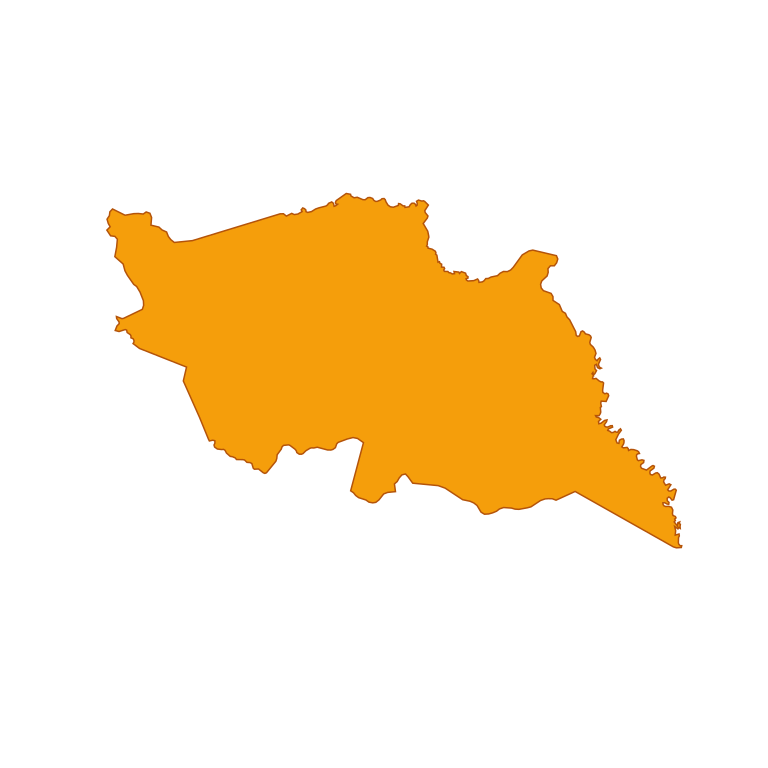 Careiro, Amazonas, Brazil, rotated 246°
{"feature_id": "56859067B42017878754183", "entity_name": "Careiro", "entity_type": "district", "adm_level": 2, "iso_a3": "BRA", "parent_name": "Brazil", "parent_adm1": "Amazonas", "projection": "mercator", "projection_center": [-60.25, -3.748], "detail": "fine", "context": "isolated", "style": "filled", "palette": "amber", "viewbox_px": 768, "rotation_deg": 246, "n_neighbors": 0, "source": "geoboundaries", "source_scale": "gbopen_adm2", "svg_char_len": 6172}
<svg xmlns="http://www.w3.org/2000/svg" viewBox="0 0 768 768"><g transform="rotate(246 384 384)"><path d="M598.6,250.0L602.7,247.9L606.5,247.0L611.3,247.2L615.0,243.9L618.9,242.2L623.9,235.7L630.6,239.4L635.2,239.6L637.9,236.7L637.2,233.2L639.7,228.9L641.4,224.7L643.5,216.1L654.3,207.2L652.8,203.6L649.5,201.6L647.2,198.0L642.7,197.4L639.0,197.8L637.3,193.4L630.6,194.5L628.3,198.2L624.7,199.3L617.6,195.3L609.8,189.9L599.7,194.5L592.8,193.4L587.6,193.8L576.8,195.9L573.7,197.7L567.1,198.5L558.0,198.1L553.6,196.4L550.5,193.6L549.9,172.8L550.3,171.2L554.5,167.0L552.5,166.4L548.5,167.2L546.9,166.7L545.6,163.6L542.2,160.2L539.7,163.3L539.0,169.7L537.9,170.8L535.5,170.3L532.3,172.3L530.8,172.4L529.1,171.6L527.5,173.2L525.5,173.3L524.0,172.6L523.0,171.2L515.9,175.1L479.8,210.5L468.4,201.9L428.2,201.9L405.0,201.2L403.0,201.3L402.3,204.7L401.0,206.4L398.8,205.5L397.4,203.9L395.3,203.6L392.4,205.3L390.2,208.9L389.5,210.9L388.1,211.8L385.0,212.0L380.4,214.1L379.2,216.0L376.9,218.1L375.0,218.5L372.3,224.3L371.3,225.7L368.2,226.9L366.6,229.8L365.0,230.9L360.3,230.3L358.9,230.9L357.4,234.8L352.0,237.6L350.8,238.8L350.7,240.5L357.4,253.8L359.5,255.7L362.8,257.6L366.3,263.7L368.0,265.2L368.8,267.2L367.2,272.1L366.2,273.1L360.8,276.1L358.9,276.7L356.8,276.5L354.4,278.0L353.4,280.2L353.4,281.8L354.8,285.5L355.4,290.4L355.1,291.9L354.1,293.9L353.4,297.3L346.7,305.6L345.3,308.6L345.0,310.7L345.6,313.7L348.6,316.5L349.3,318.4L348.7,328.0L347.7,333.9L345.0,337.7L338.8,341.4L300.0,310.1L297.1,311.9L293.7,312.8L290.5,314.6L285.4,320.3L282.2,322.2L280.0,325.4L279.2,328.4L280.2,332.3L283.7,339.0L283.5,343.2L281.0,350.7L288.5,352.9L289.5,356.3L292.0,359.7L293.7,363.4L293.1,367.0L289.6,368.2L281.7,369.9L269.1,392.2L264.0,397.5L246.3,408.8L241.9,414.9L238.9,417.6L235.2,419.6L227.5,420.5L224.2,422.8L222.7,426.8L222.1,430.9L222.0,435.1L222.9,438.7L222.5,443.0L218.8,450.0L216.4,452.8L214.6,456.3L212.6,464.6L212.0,468.3L213.9,479.6L213.5,484.4L212.4,487.5L210.7,491.1L207.9,493.9L208.1,514.9L117.5,582.1L115.4,584.5L113.7,589.1L115.2,590.2L115.9,588.7L117.9,588.1L119.4,588.4L123.9,590.6L125.1,592.0L127.0,592.5L127.5,588.6L131.4,590.8L135.6,591.6L132.1,593.6L133.1,594.9L131.6,595.9L133.4,596.5L135.3,597.7L136.5,596.9L137.7,598.0L137.8,596.1L135.0,594.3L140.0,593.0L140.8,594.7L142.4,594.6L142.9,596.3L144.4,596.3L146.4,594.5L148.3,594.8L151.4,596.6L154.5,596.5L156.5,594.2L157.5,591.5L158.7,590.3L160.2,589.9L162.0,590.4L161.5,592.0L159.2,593.8L158.3,595.2L159.9,596.2L162.2,595.3L164.4,596.2L165.0,598.2L163.8,599.1L160.7,599.9L160.5,601.5L168.1,607.8L169.4,607.4L170.0,606.2L169.6,602.5L170.3,600.8L172.0,600.1L175.3,605.1L176.8,603.9L177.0,600.1L180.8,599.6L182.7,600.9L183.2,602.4L184.4,603.2L185.2,601.8L185.0,600.4L185.6,598.6L189.8,598.6L191.8,597.6L192.2,595.9L191.7,592.1L193.0,590.6L194.7,590.7L196.3,591.7L197.3,596.3L198.9,597.6L200.1,596.6L200.1,595.2L198.6,588.8L202.3,585.0L204.2,584.8L205.9,585.8L206.6,589.2L208.5,590.4L209.8,588.8L210.5,585.2L211.8,584.6L215.2,585.2L216.6,586.0L217.0,587.3L216.6,589.1L218.6,589.0L220.1,588.1L222.5,585.4L223.8,582.9L223.8,580.4L225.5,580.8L227.2,580.3L228.3,576.7L229.8,575.7L231.9,578.6L233.1,579.5L234.7,580.3L236.5,580.3L237.1,578.5L236.9,576.2L234.2,574.4L235.4,572.9L238.8,573.1L242.8,577.8L245.2,582.0L246.9,581.8L246.3,579.6L244.9,577.9L245.5,576.6L246.8,575.8L246.5,573.6L247.1,572.0L249.2,570.9L250.6,569.5L251.7,570.6L251.6,575.3L253.1,575.6L253.7,574.1L253.7,570.8L254.5,569.3L255.7,568.5L257.1,568.6L259.1,572.0L260.5,573.1L261.0,570.7L259.9,566.4L260.3,564.1L262.5,564.7L263.6,567.7L265.9,566.5L267.5,564.5L269.1,564.4L267.6,567.6L269.0,569.6L270.2,570.6L274.6,572.1L274.9,573.4L278.4,574.2L280.0,575.5L277.7,579.8L281.9,584.5L283.8,584.7L285.1,583.6L285.2,581.8L287.3,580.5L289.4,581.2L295.6,585.0L297.0,584.5L297.7,583.1L299.3,581.8L302.9,580.0L303.3,578.0L304.1,576.7L307.2,579.0L307.6,580.7L309.8,583.6L312.0,582.9L315.4,584.1L315.6,586.0L312.1,585.7L310.1,587.4L310.1,589.0L311.8,587.7L313.7,587.7L315.0,588.1L318.3,591.8L320.1,591.7L319.6,589.7L318.6,588.1L320.6,587.1L322.8,587.2L325.7,590.1L329.3,590.6L332.5,590.2L336.3,588.6L338.3,588.9L342.2,592.2L343.9,592.2L345.7,591.2L347.9,588.4L349.9,588.1L351.7,587.0L351.7,585.3L348.5,582.1L348.7,580.2L350.3,579.4L353.9,580.4L367.2,579.7L370.9,578.4L374.8,578.5L377.8,576.4L385.2,576.5L391.6,572.4L395.1,573.9L398.8,573.5L404.4,567.6L407.8,566.7L411.4,567.6L414.0,570.1L416.3,576.9L419.2,579.4L422.7,580.7L424.3,584.1L422.7,587.7L424.5,591.0L427.5,593.6L431.1,593.7L445.8,574.4L446.6,570.6L445.7,562.8L438.0,549.5L436.6,546.0L436.5,542.4L438.2,538.9L438.0,535.2L436.8,531.7L438.2,525.3L438.0,522.2L438.9,519.9L437.6,517.3L437.3,515.4L438.2,512.1L440.1,512.6L441.9,512.2L441.9,508.1L443.9,502.6L445.4,501.6L446.8,501.8L446.6,503.8L447.9,504.4L449.6,503.3L452.1,503.6L455.2,500.4L454.3,497.9L455.8,497.9L458.3,493.7L456.1,493.3L456.8,491.1L458.4,490.0L459.3,488.6L460.8,488.1L462.3,485.0L463.9,484.9L464.7,486.3L466.2,486.3L467.4,484.1L470.0,485.4L471.6,484.2L473.2,484.4L473.3,482.9L480.2,484.7L481.6,483.9L482.7,484.8L484.4,484.9L487.6,482.8L490.2,479.5L491.4,479.9L492.6,479.0L493.8,480.3L496.3,481.4L499.9,484.7L501.6,485.2L505.8,486.1L514.7,485.1L518.0,491.1L519.6,492.5L523.8,491.4L525.7,491.7L529.4,497.3L534.3,495.4L535.3,494.6L535.7,493.0L538.0,490.3L537.7,488.0L535.7,487.9L534.0,487.1L533.6,485.7L535.3,485.8L536.9,485.1L537.8,483.1L537.2,481.1L535.7,479.0L536.8,475.0L538.3,475.4L538.9,473.9L542.0,472.1L542.9,470.7L541.3,469.7L541.7,464.4L543.3,461.9L545.8,460.4L549.8,459.9L551.9,460.1L553.4,459.5L554.1,457.5L553.5,455.8L553.6,452.1L554.2,450.6L555.9,449.4L558.1,449.1L560.1,447.1L560.8,445.1L560.0,441.7L561.0,439.7L565.5,435.5L566.3,432.4L569.3,430.3L570.9,430.6L573.4,427.0L571.0,415.0L569.7,413.5L568.1,413.3L567.1,414.7L566.5,412.6L566.6,410.7L569.6,411.3L571.6,410.3L571.6,406.8L570.6,405.3L570.2,403.3L571.4,396.3L571.7,392.7L571.0,387.9L571.8,384.0L573.2,382.8L574.8,383.4L576.5,382.7L577.9,381.4L576.8,379.2L574.8,379.3L574.3,374.4L575.3,370.9L577.4,369.1L577.1,363.1L580.4,361.4L581.7,358.4L592.9,267.3L598.6,250.0ZM307.2,579.0L308.7,578.2L309.5,579.5L307.2,579.0Z" fill="#f59e0b" stroke="#b45309" stroke-width="1.5"/></g></svg>